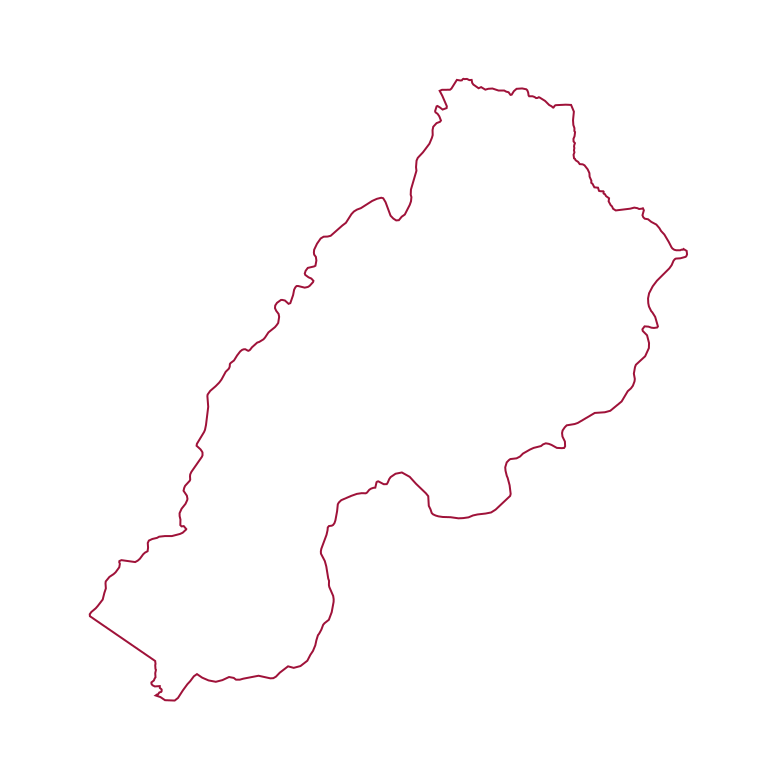 Altamira, Huila, Colombia (Albers equal-area conic projection), rotated 175°
{"feature_id": "7082276B22050163903058", "entity_name": "Altamira", "entity_type": "district", "adm_level": 2, "iso_a3": "COL", "parent_name": "Colombia", "parent_adm1": "Huila", "projection": "albers", "projection_center": [-75.778, 2.079], "detail": "fine", "context": "isolated", "style": "outline", "palette": "rose", "viewbox_px": 768, "rotation_deg": 175, "n_neighbors": 0, "source": "geoboundaries", "source_scale": "gbopen_adm2", "svg_char_len": 6118}
<svg xmlns="http://www.w3.org/2000/svg" viewBox="0 0 768 768"><g transform="rotate(175 384 384)"><path d="M498.7,109.1L491.8,110.3L484.5,115.0L480.9,120.7L478.0,124.3L475.2,129.7L473.7,134.6L471.7,139.5L470.4,140.9L467.8,144.8L465.6,149.4L464.1,150.9L459.5,153.9L456.0,161.2L453.2,171.3L452.9,174.0L453.1,177.3L456.2,186.6L456.4,188.6L455.9,192.7L456.5,195.0L457.4,207.3L458.4,212.8L461.6,220.5L461.5,222.8L460.8,225.3L454.4,238.8L453.0,243.2L452.5,246.0L451.2,247.3L448.4,247.4L447.0,248.0L445.5,249.7L444.3,252.4L441.8,261.4L440.5,268.2L439.3,269.9L436.7,272.0L426.4,275.4L420.6,276.9L415.7,277.2L411.7,276.7L410.4,277.3L407.9,279.9L406.0,280.9L403.6,281.5L401.7,281.5L400.0,286.8L399.1,287.4L398.1,287.5L393.0,284.2L390.0,284.0L388.9,285.4L387.1,288.8L385.5,290.7L380.3,293.6L373.9,294.3L366.5,289.3L360.8,281.8L351.8,271.5L349.7,268.4L350.0,258.7L348.6,255.1L347.7,251.3L346.5,249.9L344.1,248.5L341.3,247.4L337.0,246.4L329.3,245.5L321.5,243.7L316.9,243.5L311.4,243.8L306.8,245.3L302.1,245.9L294.1,246.1L288.5,246.7L283.8,249.1L268.1,261.5L267.4,263.5L267.7,272.2L269.0,279.7L269.7,281.8L270.5,287.0L270.5,290.4L268.6,295.2L266.2,297.3L264.7,298.2L258.4,298.4L254.8,299.9L251.6,302.6L244.2,306.0L240.5,307.3L233.0,308.5L230.8,310.0L228.0,310.8L225.0,310.0L222.4,308.7L217.4,305.3L212.5,304.6L210.1,304.6L209.0,306.2L208.8,310.9L210.8,316.1L210.9,319.6L210.1,322.2L207.7,325.1L205.6,326.9L197.6,327.5L194.4,328.3L176.6,336.8L166.5,336.6L160.9,337.6L148.8,345.9L141.8,355.6L138.4,358.1L136.2,360.6L134.2,364.8L133.7,367.2L134.2,372.5L132.5,378.9L131.4,381.2L121.4,388.9L117.0,396.7L116.4,401.7L117.7,409.6L121.6,414.3L121.8,416.0L119.4,418.7L115.6,418.1L112.7,416.8L110.2,416.3L106.9,416.5L106.1,417.5L108.0,427.2L110.4,431.9L111.5,433.4L113.3,438.1L113.7,441.5L113.5,446.2L112.0,451.3L107.8,457.9L103.1,463.1L89.7,474.3L87.1,477.3L84.8,481.6L83.4,483.0L82.3,483.5L77.8,483.4L72.4,484.4L71.5,485.3L70.8,486.8L70.9,490.2L73.9,492.4L74.5,491.7L75.9,491.9L77.3,491.4L81.0,491.7L83.1,492.4L84.9,493.9L85.7,495.2L87.9,500.6L91.7,508.5L94.6,512.2L96.1,515.3L98.8,519.1L103.6,522.2L106.6,525.1L109.9,526.0L111.2,527.6L111.8,529.6L110.0,534.4L110.8,536.5L111.8,536.2L114.6,536.1L116.3,537.1L119.3,537.9L123.4,537.2L138.0,536.7L140.5,538.6L141.4,541.1L142.6,542.4L144.3,546.4L143.6,549.4L146.4,551.8L147.4,553.9L148.2,554.2L148.7,554.9L148.4,556.4L148.8,556.9L151.8,557.2L153.0,557.7L153.7,560.9L157.3,561.6L158.8,565.2L160.0,566.4L159.7,568.5L161.1,572.6L161.0,576.2L162.4,580.1L165.2,584.4L166.9,585.5L169.9,586.0L171.2,588.3L173.6,590.2L174.2,591.7L175.0,592.2L175.2,595.8L174.1,598.2L174.4,600.3L173.8,602.5L174.0,603.8L173.7,605.3L172.8,607.3L174.0,609.1L173.9,611.7L172.6,614.2L171.7,618.3L172.3,619.4L172.0,622.3L172.8,625.5L172.7,630.3L171.1,638.8L173.3,645.7L178.5,646.4L188.6,646.8L189.6,646.4L191.1,644.6L191.6,644.7L192.9,646.1L195.1,647.5L198.9,652.0L204.1,655.9L204.8,656.2L206.1,655.6L207.6,655.6L209.0,656.8L211.0,657.7L214.3,658.0L214.8,658.8L215.0,661.9L215.7,664.2L216.6,665.2L220.6,666.4L226.2,666.5L229.1,664.4L231.6,661.1L232.8,661.0L234.5,663.8L236.8,664.6L238.7,665.9L244.4,666.4L250.2,668.9L254.3,669.0L257.4,668.4L261.4,671.3L264.0,670.4L268.9,674.5L269.9,676.3L270.2,679.3L272.5,679.3L274.8,680.7L277.2,680.7L278.2,681.1L279.0,680.8L280.0,679.7L281.5,679.7L284.9,680.6L291.1,672.4L292.6,671.4L300.6,672.0L303.0,671.2L300.8,666.0L297.2,655.2L297.6,653.4L301.7,652.3L304.4,654.8L306.5,656.3L307.4,656.0L309.3,651.4L309.0,650.1L307.1,648.5L305.6,645.9L304.3,641.5L305.4,640.3L308.9,639.3L312.5,636.0L313.5,632.7L313.8,627.7L314.8,625.1L317.8,619.4L325.1,611.3L330.6,606.4L332.1,603.7L333.2,597.2L333.1,593.6L340.2,575.4L340.9,570.2L340.4,567.8L341.2,563.6L342.8,560.1L348.5,551.0L351.8,549.1L354.9,545.9L357.6,545.9L360.3,548.0L362.8,551.1L366.6,565.0L368.6,569.1L370.5,569.8L374.9,569.1L379.8,567.4L391.7,561.2L395.7,560.1L398.9,558.5L401.6,556.1L407.9,547.9L411.7,545.5L424.2,536.3L427.3,535.8L431.3,536.0L434.4,534.5L438.5,529.6L441.9,523.8L442.4,521.0L442.3,519.0L440.8,516.6L440.6,512.9L442.0,507.8L443.4,507.2L449.8,506.3L452.2,503.6L453.3,501.0L452.9,499.5L449.8,496.8L447.2,495.4L445.3,492.9L445.8,491.7L449.6,488.2L451.4,487.3L454.6,486.9L461.0,489.1L462.6,489.2L463.9,488.0L465.3,485.8L466.8,480.5L470.3,472.7L472.1,472.2L475.4,475.8L477.9,476.6L479.3,476.7L483.5,474.2L485.5,471.7L486.0,469.1L485.0,466.3L482.9,463.0L482.6,460.0L484.1,454.0L485.8,452.0L487.7,450.1L494.6,445.5L498.5,440.6L500.2,439.0L504.6,436.8L506.7,436.3L512.3,432.1L514.5,429.7L516.0,428.9L516.8,429.1L519.1,430.7L520.6,430.8L522.3,430.4L524.4,429.0L527.8,425.3L531.4,420.5L534.9,418.3L535.8,417.3L536.2,414.7L537.2,412.8L540.6,410.0L545.5,402.6L548.0,399.8L552.0,396.4L557.7,392.3L560.6,388.9L561.0,387.3L561.1,376.6L564.9,358.7L566.3,354.0L567.4,351.9L575.6,340.7L576.1,338.8L572.5,334.9L571.3,332.8L570.8,331.7L571.0,328.8L571.8,327.3L583.5,313.3L584.9,310.9L585.3,309.0L585.4,305.6L586.0,304.5L591.0,299.9L592.1,297.9L593.0,295.1L590.1,289.9L589.8,286.8L590.1,285.6L592.2,281.9L596.5,277.4L598.9,273.1L599.1,270.2L598.6,266.7L599.2,261.2L598.1,259.8L595.9,259.9L593.6,256.7L593.8,256.3L597.5,253.4L600.3,252.4L608.6,251.0L615.7,251.6L621.3,251.5L623.5,250.5L628.3,249.8L631.9,248.5L633.2,246.2L633.3,241.5L634.1,238.0L636.7,236.9L638.7,235.4L642.4,231.2L644.7,229.5L647.4,228.3L660.9,231.4L663.0,230.7L663.3,229.6L662.8,227.9L663.7,224.5L667.8,219.8L669.9,218.2L674.3,215.8L678.4,211.6L678.8,209.8L678.9,204.6L680.8,200.2L683.0,193.8L688.5,187.8L690.7,185.7L695.4,182.4L697.2,180.3L697.2,178.3L636.1,128.0L636.0,125.0L636.4,124.0L636.5,120.1L636.1,119.1L637.1,115.9L637.2,111.7L638.1,110.7L639.1,108.7L641.7,107.0L641.8,105.6L640.9,104.1L638.7,102.7L633.7,102.6L633.8,100.8L632.3,99.3L632.1,98.7L632.4,97.2L632.8,96.7L634.7,96.3L636.2,94.5L637.1,94.5L638.6,93.6L634.0,91.6L629.7,88.1L620.1,86.9L616.6,89.2L611.0,96.4L606.0,102.1L603.0,104.8L598.9,109.4L595.6,111.3L590.7,107.3L584.6,104.0L577.5,102.0L570.8,103.1L563.9,105.6L559.3,104.3L557.3,102.4L553.5,102.0L549.9,102.7L534.4,104.3L522.9,100.7L519.9,100.6L517.1,101.9L513.0,105.5L504.2,111.1L498.7,109.1Z" fill="none" stroke="#9f1239" stroke-width="2"/></g></svg>